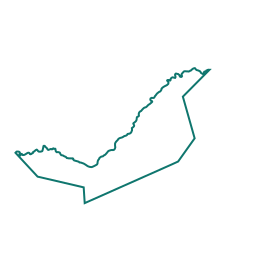 the district of Petatán, Huehuetenango, Guatemala, rotated 137°
{"feature_id": "79465075B18515174231727", "entity_name": "Petatán", "entity_type": "district", "adm_level": 2, "iso_a3": "GTM", "parent_name": "Guatemala", "parent_adm1": "Huehuetenango", "projection": "orthographic", "projection_center": [-91.731, 15.614], "detail": "fine", "context": "isolated", "style": "outline", "palette": "teal", "viewbox_px": 256, "rotation_deg": 137, "n_neighbors": 0, "source": "geoboundaries", "source_scale": "gbopen_adm2", "svg_char_len": 4702}
<svg xmlns="http://www.w3.org/2000/svg" viewBox="0 0 256 256"><g transform="rotate(137 128 128)"><path d="M120.8,71.5L114.2,69.3L86.3,75.0L66.5,113.5L28.7,115.0L29.5,115.8L30.4,116.3L31.1,116.3L31.6,116.6L32.4,116.4L33.1,116.6L33.6,117.1L34.0,117.1L34.4,116.9L35.0,116.6L35.7,116.1L36.0,116.0L36.3,116.2L36.6,116.8L36.8,117.7L37.0,118.3L37.0,118.9L36.8,119.3L36.7,119.7L36.7,120.5L37.0,121.0L37.0,121.3L37.3,122.0L37.6,122.5L37.9,123.0L38.3,123.6L38.4,124.6L38.3,125.4L38.3,125.7L38.3,126.2L38.9,126.6L39.8,127.0L40.3,127.1L41.7,127.2L42.6,127.1L43.4,127.5L43.9,127.5L45.1,127.9L45.6,128.6L46.2,129.1L46.9,129.9L47.5,130.5L48.2,131.1L48.8,131.2L50.0,131.1L51.2,131.0L51.8,130.9L52.4,130.5L52.9,130.0L52.9,129.6L53.1,129.1L53.4,129.0L53.9,128.9L54.3,129.1L54.8,129.8L54.9,130.2L54.7,130.9L54.4,131.2L54.3,131.8L54.5,132.6L54.5,133.2L54.9,133.7L55.2,134.2L55.8,135.1L56.4,135.2L57.0,135.0L57.4,134.7L57.7,134.2L58.0,133.5L58.7,132.7L59.3,132.5L59.6,132.8L60.0,133.4L60.5,134.2L60.9,134.7L61.4,134.9L62.2,135.0L63.1,134.9L63.5,134.6L64.3,134.0L64.9,134.0L65.1,134.3L65.1,134.9L65.8,135.6L66.4,136.1L66.9,136.1L67.1,135.7L67.1,135.1L67.1,134.4L67.4,133.7L67.9,133.2L68.5,132.8L69.2,132.8L70.1,132.8L71.0,133.0L71.8,133.3L73.0,133.6L73.8,133.8L74.7,133.9L75.3,134.0L76.3,133.9L76.8,133.8L77.3,133.3L77.9,133.1L78.5,132.9L79.4,132.8L80.0,132.9L80.7,133.2L82.0,133.3L83.1,133.4L83.9,133.3L85.4,133.0L86.6,132.9L87.2,132.6L87.8,132.5L88.5,132.4L89.0,132.7L89.5,133.2L90.1,133.9L90.7,134.1L91.3,134.2L91.9,133.9L92.4,133.4L92.6,132.7L92.6,131.9L92.4,131.7L92.2,131.5L92.2,131.2L92.3,130.9L92.4,130.7L92.9,130.6L93.8,130.6L95.1,130.7L95.8,130.7L97.1,131.0L97.9,131.0L99.2,130.9L100.0,130.9L100.8,131.0L101.9,131.6L102.7,131.8L104.0,131.8L105.4,131.7L106.1,131.6L106.8,131.5L107.6,131.8L108.2,131.8L108.9,131.8L109.5,131.6L110.1,131.3L110.7,130.8L111.2,130.1L111.6,129.6L111.9,129.4L112.5,129.4L112.9,129.5L113.3,129.7L114.1,129.8L114.6,129.5L115.7,128.5L116.6,127.9L117.6,127.6L118.7,127.6L119.9,127.7L120.6,127.8L121.1,127.6L121.3,127.1L121.5,126.4L121.7,125.8L122.1,125.4L122.5,125.2L123.5,125.1L124.4,125.2L125.2,125.3L125.4,125.1L125.9,124.4L126.7,123.5L127.7,123.1L128.7,122.6L129.6,122.6L130.4,122.7L131.2,123.1L131.8,123.6L132.4,123.9L132.9,123.7L133.8,123.6L134.7,123.8L135.3,124.1L136.0,124.5L136.5,124.7L137.2,124.7L137.7,124.9L138.3,125.0L138.9,125.2L140.2,125.9L141.1,126.3L142.0,126.5L142.8,126.5L143.9,126.2L144.9,126.2L146.0,126.1L147.0,125.9L148.0,125.5L148.5,125.0L149.7,123.7L150.4,122.6L151.2,122.1L152.1,121.7L153.0,121.6L153.5,121.8L154.1,122.1L154.4,122.6L155.3,123.3L156.2,123.8L157.1,124.2L158.0,124.5L158.7,124.5L159.8,124.3L160.6,124.2L161.7,124.1L162.8,124.0L163.7,124.2L164.3,124.4L165.6,124.4L166.3,124.8L167.1,125.3L167.7,125.4L168.7,125.5L169.4,125.5L170.0,125.2L170.6,125.0L171.8,124.8L172.7,124.4L173.7,123.6L174.6,122.8L175.5,122.5L176.7,122.7L178.5,123.2L179.8,123.6L181.1,124.1L181.8,124.8L182.3,125.4L182.6,125.8L183.2,126.9L183.6,127.9L183.8,129.0L184.2,130.6L184.7,132.3L185.4,133.6L185.8,134.4L186.1,135.0L186.7,135.5L187.0,136.0L187.0,136.5L187.0,136.8L187.2,137.3L187.6,137.9L188.0,138.6L188.7,139.7L189.1,140.4L189.5,141.1L189.5,142.0L189.5,142.5L189.1,142.9L189.0,143.0L189.2,143.5L189.5,143.9L189.9,144.2L190.4,144.5L191.0,145.3L191.9,146.0L192.5,146.9L193.2,147.7L193.2,148.6L193.2,149.4L193.7,150.3L194.1,151.4L194.2,152.0L194.4,152.4L194.8,153.0L195.3,153.6L195.3,154.4L195.2,155.0L194.9,155.8L194.7,156.5L194.8,156.7L195.0,157.2L195.6,158.1L196.2,158.6L196.6,158.9L196.7,159.5L196.6,160.4L196.4,160.7L195.7,161.7L195.4,162.1L195.4,162.5L195.5,162.7L195.8,162.9L196.2,163.1L196.5,163.5L196.7,163.9L196.7,164.1L197.1,164.1L197.5,164.0L197.9,164.1L198.3,164.4L198.4,164.9L198.8,165.3L199.2,165.5L199.9,165.7L200.5,166.0L201.2,166.3L201.4,166.8L201.4,167.4L201.2,168.0L201.1,168.9L201.2,169.8L201.3,170.7L201.1,171.3L201.2,171.7L201.4,172.1L201.8,172.4L202.2,172.4L203.1,171.7L204.4,170.8L206.1,169.7L206.6,169.6L207.9,170.2L208.9,171.1L209.4,171.7L209.5,172.4L209.4,173.3L209.4,173.9L209.5,174.4L210.3,174.7L210.8,174.8L212.7,174.8L213.4,175.1L213.8,175.1L214.3,174.7L214.7,174.6L215.3,174.7L215.9,175.1L216.2,175.1L216.6,175.0L217.2,175.3L217.5,175.8L217.4,176.2L217.3,176.7L217.2,177.0L217.4,177.5L217.9,178.0L218.3,178.2L219.5,178.5L220.9,178.7L221.9,179.0L222.2,179.1L222.7,179.4L223.2,179.8L223.5,180.2L223.5,180.6L223.4,180.9L223.4,181.5L223.6,181.7L224.0,181.7L224.7,181.5L225.1,181.5L225.6,181.5L225.9,181.9L225.7,182.4L225.2,182.9L224.4,183.3L223.9,183.7L223.8,184.2L223.9,184.9L224.1,185.2L224.5,185.8L225.1,186.3L225.6,186.7L226.2,186.7L227.2,186.6L227.3,154.1L200.9,114.8L210.9,102.6L120.8,71.5Z" fill="none" stroke="#0f766e" stroke-width="2"/></g></svg>